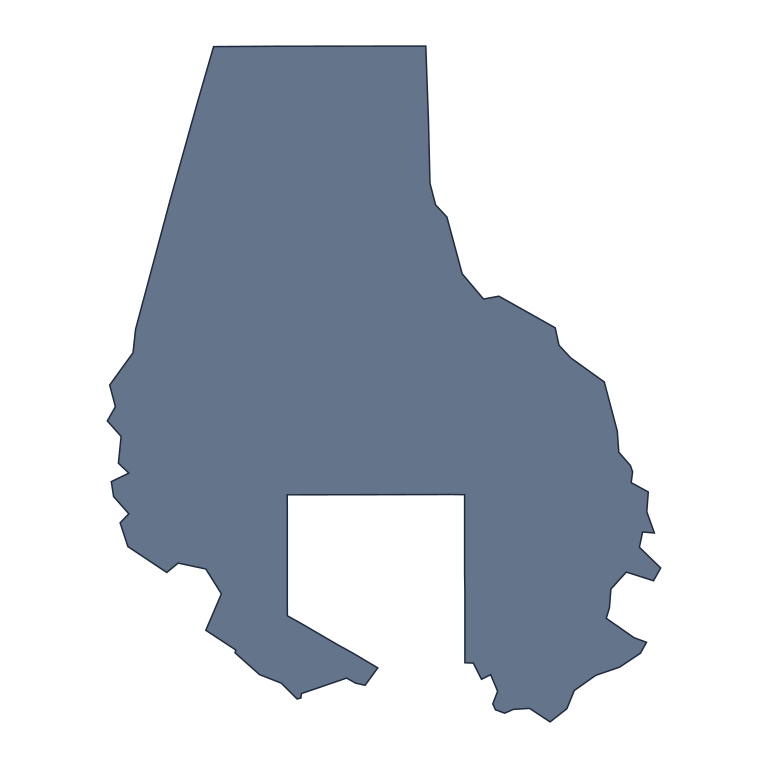 Baltimore, Maryland, United States of America (Equal Earth projection)
{"feature_id": "52423323B66089118468318", "entity_name": "Baltimore", "entity_type": "district", "adm_level": 2, "iso_a3": "USA", "parent_name": "United States of America", "parent_adm1": "Maryland", "projection": "equal_earth", "projection_center": [-76.574, 39.458], "detail": "fine", "context": "isolated", "style": "filled", "palette": "slate", "viewbox_px": 768, "rotation_deg": 0, "n_neighbors": 0, "source": "geoboundaries", "source_scale": "gbopen_adm2", "svg_char_len": 1516}
<svg xmlns="http://www.w3.org/2000/svg" viewBox="0 0 768 768"><path d="M213.6,46.6L196.8,104.6L170.4,199.1L135.6,329.1L133.0,352.8L109.7,385.0L115.4,406.7L107.3,420.9L121.1,436.4L118.4,463.2L128.8,473.1L111.3,481.6L113.6,496.6L128.8,513.8L120.1,522.8L127.9,546.6L166.8,572.5L178.1,563.1L205.8,569.0L221.4,593.8L205.8,630.3L235.8,650.0L235.0,652.8L259.5,674.6L275.8,681.0L281.3,683.2L297.1,699.0L301.0,697.9L301.3,693.6L346.6,678.1L355.5,683.1L365.1,685.3L377.8,667.9L352.7,653.0L337.4,644.6L313.2,630.5L299.3,622.4L287.4,615.8L287.3,603.5L287.3,517.4L287.3,506.6L287.2,494.8L370.4,494.7L413.4,494.6L425.3,494.6L450.5,494.5L464.6,494.7L464.6,514.6L464.6,515.9L464.6,574.0L464.9,591.1L464.9,662.8L473.3,663.1L481.5,679.3L490.7,674.7L490.7,674.8L494.9,684.8L497.6,691.3L492.8,703.9L495.4,709.8L504.7,713.2L513.3,709.4L529.5,708.4L531.4,709.6L545.0,718.6L550.1,721.9L566.9,708.7L574.3,690.5L592.8,677.4L596.0,675.2L619.5,667.2L640.5,653.2L646.5,642.3L634.0,637.7L606.7,618.6L606.3,618.3L609.5,607.6L609.5,607.2L610.9,589.1L611.1,588.9L625.0,573.5L626.3,572.1L649.9,579.6L653.5,580.8L660.7,568.0L639.4,547.3L640.2,543.5L641.6,536.8L642.6,532.0L654.4,533.0L646.8,511.8L648.3,492.0L631.5,482.8L631.2,482.7L632.6,471.8L630.4,465.5L618.8,452.2L617.3,431.2L604.3,382.0L570.9,358.0L559.0,345.3L555.2,327.8L498.9,296.2L483.5,299.0L462.2,273.8L446.9,217.0L435.6,204.9L430.0,183.3L428.5,121.5L425.8,46.1L425.7,46.1L386.5,46.1L300.8,46.2L286.8,46.2L283.2,46.2L213.6,46.6Z" fill="#64748b" stroke="#1e293b" stroke-width="1.5"/></svg>